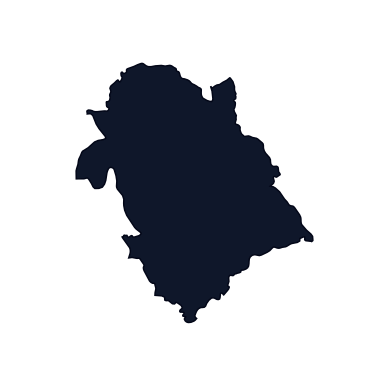 map outline of Uttarakhand (Mercator projection), rotated 26°
{"feature_id": "IND-3254", "entity_name": "Uttarakhand", "entity_type": "State", "adm_level": 1, "iso_a3": "IND", "parent_name": "India", "parent_adm1": "", "projection": "mercator", "projection_center": [79.21, 30.097], "detail": "fine", "context": "isolated", "style": "filled", "palette": "ink", "viewbox_px": 384, "rotation_deg": 26, "n_neighbors": 0, "source": "natural_earth", "source_scale": "10m", "svg_char_len": 5725}
<svg xmlns="http://www.w3.org/2000/svg" viewBox="0 0 384 384"><g transform="rotate(26 192 192)"><path d="M262.4,151.7L265.2,151.9L270.7,153.5L278.2,157.8L282.0,159.3L284.5,160.9L285.7,161.2L287.2,161.0L288.4,160.6L289.5,160.5L291.1,161.1L298.6,165.3L300.7,167.0L301.6,168.3L303.1,171.1L304.0,172.4L305.1,173.3L311.6,176.1L317.4,177.7L319.8,179.0L321.3,181.5L321.9,182.7L321.3,184.1L320.7,184.1L315.6,185.9L314.3,185.6L313.6,184.0L312.8,182.9L311.6,183.8L310.3,185.4L309.3,186.5L310.3,188.8L308.8,191.1L304.2,194.6L303.2,195.7L300.9,199.3L300.1,200.2L297.5,202.0L295.5,203.9L294.5,204.5L293.1,205.0L290.4,205.3L289.2,205.9L288.6,207.4L287.6,210.6L285.9,213.3L282.0,218.2L280.4,219.6L275.9,220.8L273.9,222.4L272.8,224.8L272.8,227.0L273.6,229.2L274.6,231.5L275.3,233.8L275.2,235.7L274.3,237.5L272.6,239.4L272.1,239.8L271.2,240.3L270.8,240.6L270.5,241.2L270.6,241.7L270.8,242.2L270.8,242.7L270.3,243.4L269.6,244.1L268.1,245.3L267.4,246.2L266.7,246.7L266.2,247.2L266.0,248.4L265.5,249.2L263.3,249.9L262.5,250.5L262.2,252.0L262.8,253.5L264.4,256.3L264.9,259.8L265.3,260.7L266.0,260.8L266.7,260.8L267.2,261.3L267.4,262.9L267.1,264.9L265.6,270.6L264.9,270.4L263.9,269.7L262.6,269.9L262.2,271.1L263.5,274.7L263.7,276.1L262.7,277.2L261.3,277.6L259.7,277.6L258.4,277.5L256.1,278.6L254.6,281.9L254.0,285.7L254.2,288.6L253.6,290.1L252.5,290.9L251.2,291.6L250.1,292.5L249.1,293.9L248.6,295.4L248.4,296.9L248.4,298.7L248.8,302.2L250.2,303.3L251.6,303.6L251.3,304.9L251.0,305.9L250.3,307.2L248.2,309.5L247.1,310.2L246.1,310.8L245.1,311.1L244.0,311.2L242.6,310.9L241.1,309.9L240.7,309.0L240.8,308.1L241.1,307.4L240.9,306.9L239.9,307.1L239.0,307.4L238.2,307.5L237.8,306.9L237.8,306.0L238.1,304.9L238.0,304.2L237.5,303.8L236.5,304.0L234.3,305.0L233.5,304.9L233.1,304.1L233.1,303.3L233.8,301.5L234.1,300.6L233.4,299.7L231.9,298.7L228.2,298.1L226.7,298.0L225.7,298.5L225.7,299.0L225.6,299.7L225.3,300.3L223.4,301.0L218.3,299.9L216.8,300.8L215.9,301.1L215.0,301.1L214.4,300.2L213.9,299.2L213.3,298.5L210.3,298.6L204.0,301.1L203.0,298.8L202.0,294.9L201.5,294.1L200.8,293.2L199.7,292.0L199.2,291.3L198.6,290.7L197.8,290.7L197.1,291.1L196.3,291.3L194.7,291.2L192.9,290.6L183.4,283.7L182.2,282.5L181.5,281.4L181.3,280.6L181.3,279.7L181.0,278.9L180.4,278.2L174.7,275.0L173.8,274.7L173.3,274.8L171.5,275.8L166.8,277.1L164.0,279.0L163.3,274.4L162.8,272.8L161.9,271.1L160.5,269.5L149.5,263.5L148.9,263.0L149.1,262.8L149.8,262.3L149.9,261.8L149.7,261.3L149.8,260.8L150.2,260.4L151.6,260.1L152.1,259.7L152.5,259.5L152.9,259.8L153.6,260.3L154.5,260.5L155.2,260.4L156.1,258.5L156.6,257.8L157.3,257.6L157.8,257.8L158.3,258.2L159.0,258.2L159.9,257.8L163.5,254.5L164.1,253.5L164.4,252.4L164.5,251.6L163.5,250.9L157.9,249.7L155.9,248.9L143.6,241.6L139.5,237.9L136.8,234.3L135.5,232.0L133.9,228.4L131.1,225.5L123.7,222.1L122.3,220.9L121.6,219.8L119.6,215.0L116.6,210.7L112.2,205.9L111.4,205.4L110.7,205.2L109.6,205.1L108.4,205.4L107.6,205.9L107.0,206.7L106.7,207.8L106.8,210.0L107.1,212.0L109.4,219.4L109.9,223.3L109.3,226.9L106.7,229.6L103.1,231.4L101.3,230.9L100.7,230.6L98.0,228.5L93.7,225.8L92.4,225.3L91.5,225.4L89.2,227.4L82.2,230.9L78.6,223.8L78.1,221.6L77.4,217.1L76.2,213.5L75.9,211.9L75.9,208.3L75.6,204.8L75.8,203.3L79.2,197.9L82.5,189.8L85.1,186.8L89.0,184.0L90.4,182.5L90.9,181.4L89.6,180.0L80.7,175.8L76.1,172.9L69.4,166.8L67.5,166.2L66.2,166.2L63.6,167.8L63.4,167.3L62.3,165.8L62.1,165.0L62.9,163.8L64.6,163.1L66.5,162.7L68.1,162.7L69.7,162.3L71.4,161.5L77.5,157.7L79.2,156.9L80.0,156.8L80.8,155.7L81.0,154.8L81.0,154.1L80.9,153.5L80.5,153.0L79.7,152.9L78.7,152.8L77.9,152.5L77.3,151.8L75.6,148.8L75.7,148.3L77.1,147.4L77.5,146.6L77.7,145.7L77.2,143.5L76.9,142.8L75.7,141.3L75.3,140.2L75.3,138.3L74.9,136.9L72.8,134.8L72.6,133.6L72.7,132.0L74.5,128.0L75.5,125.1L76.2,123.9L76.9,123.9L77.5,124.5L77.9,124.7L78.9,124.7L79.4,122.8L79.3,120.7L79.0,119.7L78.5,119.2L77.7,118.8L77.0,118.0L76.1,116.4L76.1,115.4L76.6,114.9L77.2,115.0L78.0,115.4L78.7,115.4L79.3,115.0L80.0,114.3L80.5,113.3L80.4,112.5L79.6,110.9L79.7,110.0L80.3,109.2L84.8,104.6L87.3,101.5L89.6,99.1L90.5,98.4L91.4,98.1L92.2,98.1L95.6,98.7L97.1,98.6L98.0,98.4L100.3,97.3L103.8,94.7L109.0,91.7L112.7,90.6L116.4,88.0L117.4,87.7L118.6,87.6L121.3,88.0L122.8,88.0L123.6,88.2L124.1,88.7L124.5,89.4L125.3,90.0L126.0,90.0L127.1,89.8L127.7,90.0L128.4,90.5L130.8,93.2L132.1,94.0L132.8,94.3L134.2,94.1L135.8,93.6L138.9,93.2L140.7,93.3L142.0,93.7L142.8,94.1L144.2,94.6L145.3,94.7L146.9,94.6L149.6,94.8L151.9,95.2L153.8,95.1L154.9,95.4L155.5,96.0L156.9,99.1L157.9,100.7L158.9,101.7L160.7,102.9L165.5,103.2L166.5,103.0L167.6,102.9L170.0,102.1L170.3,100.6L170.0,99.2L167.8,95.7L165.7,92.4L163.4,90.0L162.8,89.3L162.4,88.8L164.6,89.8L166.0,87.0L167.5,84.9L169.7,83.3L171.7,79.8L174.3,76.3L175.8,72.9L176.4,72.8L180.4,74.9L182.4,77.0L184.1,78.8L185.1,81.0L186.2,82.6L188.5,84.5L188.6,86.1L189.7,87.2L190.3,89.0L189.3,91.0L189.6,92.0L191.5,92.4L192.3,93.7L193.0,95.7L193.4,97.5L193.3,99.2L194.7,101.1L198.3,103.8L198.7,105.3L199.4,106.7L199.9,107.5L200.4,110.4L200.9,111.5L201.8,111.8L203.1,111.6L204.2,111.5L205.4,111.8L206.5,112.4L206.8,112.7L207.1,113.1L207.3,113.6L207.4,114.1L208.1,115.3L209.3,116.6L210.5,117.7L211.6,118.3L213.3,118.7L214.2,119.1L215.1,118.9L218.1,116.9L219.5,116.6L222.5,116.5L226.4,115.5L228.0,115.6L233.5,117.0L234.8,117.6L235.7,118.8L237.0,121.3L238.8,123.3L239.6,123.9L240.0,124.1L241.2,124.9L246.5,127.1L248.2,128.5L249.4,130.6L250.8,132.6L253.0,133.5L254.3,133.2L256.7,131.8L257.9,131.8L258.9,132.5L260.9,135.8L263.0,137.0L263.6,137.8L261.7,141.2L261.2,141.7L260.6,141.8L259.8,141.8L259.1,141.9L258.7,142.3L258.7,143.4L259.5,144.4L260.5,145.5L261.2,146.5L261.4,148.3L261.0,149.6L260.3,150.8L259.7,152.4L262.4,151.7Z" fill="#0f172a" stroke="#020617" stroke-width="1.5"/></g></svg>